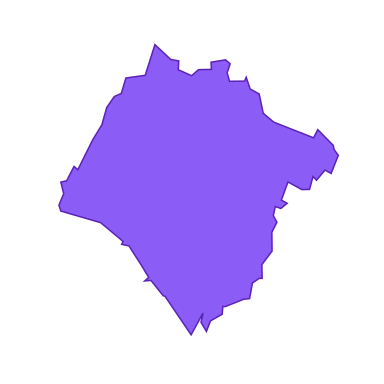 Rutherford, Tennessee, United States of America, rotated 198°
{"feature_id": "52423323B26987147906068", "entity_name": "Rutherford", "entity_type": "district", "adm_level": 2, "iso_a3": "USA", "parent_name": "United States of America", "parent_adm1": "Tennessee", "projection": "albers", "projection_center": [-86.446, 35.86], "detail": "fine", "context": "isolated", "style": "filled", "palette": "violet", "viewbox_px": 384, "rotation_deg": 198, "n_neighbors": 0, "source": "geoboundaries", "source_scale": "gbopen_adm2", "svg_char_len": 1068}
<svg xmlns="http://www.w3.org/2000/svg" viewBox="0 0 384 384"><g transform="rotate(198 192 192)"><path d="M314.5,138.3L310.8,133.3L269.4,134.6L242.3,123.7L242.7,120.5L235.3,121.2L217.9,107.0L206.8,97.4L209.5,92.8L203.7,95.2L187.3,84.4L185.5,84.5L148.7,55.9L144.1,80.3L143.2,70.9L135.2,63.8L134.6,75.1L125.5,85.1L127.3,92.7L125.1,93.2L109.7,106.0L104.3,108.4L106.4,124.1L101.4,130.6L98.6,131.5L103.1,144.5L97.6,160.6L103.6,178.4L101.9,189.5L107.3,194.6L108.3,203.9L102.4,203.8L98.0,210.7L104.5,211.9L103.8,231.2L88.3,228.2L81.0,230.8L81.7,244.1L77.2,241.7L72.3,253.9L65.4,252.6L64.2,272.1L70.2,276.5L71.9,279.9L91.7,290.2L93.1,281.1L135.9,283.7L148.6,288.9L158.4,306.0L168.5,307.9L175.9,317.9L176.3,313.7L190.5,308.9L195.4,316.2L195.3,325.7L200.9,328.1L214.0,321.3L211.4,314.6L223.6,310.4L228.3,302.5L242.8,304.0L245.1,312.6L253.2,311.5L272.8,320.7L272.6,288.5L290.1,280.0L289.7,263.9L295.4,258.8L299.2,246.1L298.5,227.9L302.5,211.3L307.5,177.9L312.1,179.9L314.7,163.9L319.8,160.9L313.5,150.7L314.5,138.3Z" fill="#8b5cf6" stroke="#5b21b6" stroke-width="1.5"/></g></svg>